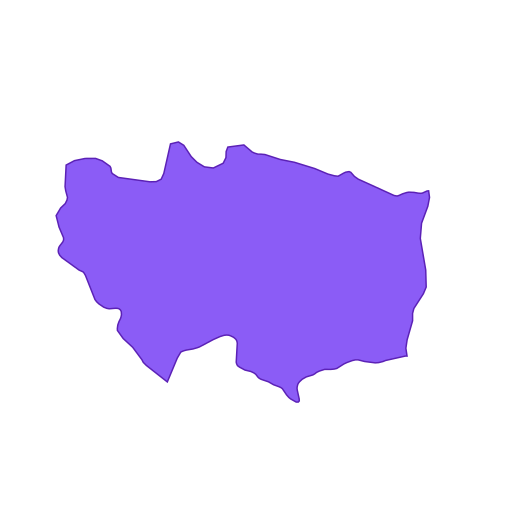 the border of Campobasso, rotated 70°
{"feature_id": "ITA-5401", "entity_name": "Campobasso", "entity_type": "Province", "adm_level": 1, "iso_a3": "ITA", "parent_name": "Italy", "parent_adm1": "", "projection": "mercator", "projection_center": [14.809, 41.724], "detail": "fine", "context": "isolated", "style": "filled", "palette": "violet", "viewbox_px": 512, "rotation_deg": 70, "n_neighbors": 0, "source": "natural_earth", "source_scale": "10m", "svg_char_len": 2388}
<svg xmlns="http://www.w3.org/2000/svg" viewBox="0 0 512 512"><g transform="rotate(70 256 256)"><path d="M253.8,71.5L260.3,72.9L268.0,77.5L281.8,89.2L295.7,95.6L327.2,101.3L343.4,106.7L348.7,111.6L359.3,125.6L363.5,128.5L370.4,131.0L386.5,142.7L393.9,146.7L401.7,148.3L401.1,149.9L398.5,169.9L398.6,172.8L398.1,177.3L397.2,180.5L392.3,190.0L388.5,195.6L387.6,198.1L387.2,201.3L387.2,207.1L387.5,210.3L389.3,218.5L389.0,221.1L388.1,224.6L386.0,230.3L385.8,235.8L386.1,238.9L386.8,241.0L387.2,243.2L386.8,250.1L387.6,254.7L389.0,258.0L389.9,259.5L391.0,260.7L392.5,261.7L394.1,262.6L396.1,263.1L405.1,264.3L407.0,264.9L407.7,266.2L407.0,268.2L402.2,272.3L400.2,273.5L396.9,274.8L389.7,276.6L388.2,277.6L386.7,279.1L383.0,283.5L378.5,287.3L373.6,293.4L372.0,294.8L370.5,295.6L367.0,296.7L365.0,298.1L362.7,300.4L359.4,305.4L354.8,309.5L352.7,310.9L350.7,311.1L349.0,310.9L331.5,303.4L329.5,303.1L327.7,303.3L326.2,304.0L324.7,304.9L322.2,307.3L321.1,308.7L320.2,310.7L319.6,313.2L319.4,317.3L319.9,324.6L322.1,340.3L322.1,342.5L321.8,347.0L320.6,353.5L320.4,355.8L320.4,357.8L320.6,359.6L325.0,364.9L344.0,382.4L321.3,396.5L317.4,398.3L314.4,398.7L299.6,403.1L288.2,409.0L278.6,411.7L276.7,411.1L273.6,409.5L270.9,407.3L268.5,404.8L267.0,403.6L265.2,402.5L262.1,401.6L260.1,401.9L258.6,402.9L257.7,404.3L257.0,406.1L255.4,412.0L254.1,414.2L252.0,416.6L247.3,420.0L244.5,421.4L241.9,422.2L216.0,422.9L213.2,423.4L211.7,424.0L208.7,427.1L191.1,439.0L188.1,440.2L185.4,440.5L183.5,440.1L181.8,439.2L180.4,438.2L179.4,437.0L176.6,432.6L175.1,431.3L173.0,430.6L161.4,431.2L156.7,430.7L149.7,430.0L144.1,423.2L141.5,417.3L138.8,414.5L136.5,413.1L129.6,412.5L125.5,411.7L105.6,403.3L104.3,394.0L105.9,383.2L109.4,373.4L114.0,367.9L121.8,362.5L123.7,362.3L127.6,363.1L129.3,362.9L135.1,358.5L150.0,330.3L152.0,324.3L151.4,318.8L146.9,314.4L121.4,298.0L122.3,289.9L127.3,286.0L140.4,282.9L147.7,279.5L154.6,274.0L158.7,266.0L157.6,255.1L153.3,250.6L147.6,248.3L144.0,245.2L147.5,229.4L156.9,224.1L158.8,222.2L160.9,219.4L162.0,216.5L163.7,212.9L173.6,200.2L181.1,187.8L193.9,170.9L203.6,160.4L207.5,154.8L209.1,151.6L208.8,149.6L208.1,145.4L207.9,143.1L208.5,139.7L209.8,138.3L214.9,136.3L218.8,133.6L246.4,105.5L247.9,102.9L248.0,100.9L247.7,96.9L247.9,92.6L248.3,90.5L250.3,85.7L252.4,82.1L253.4,79.9L253.8,78.2L253.4,73.1L253.8,71.5Z" fill="#8b5cf6" stroke="#5b21b6" stroke-width="1.5"/></g></svg>